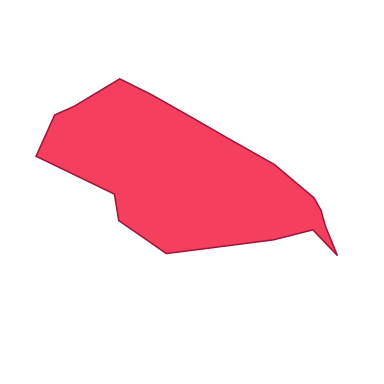 the district of F'Derick, Tiris Zemmour, Mauritania, rotated 121°
{"feature_id": "47542326B14226246765401", "entity_name": "F'Derick", "entity_type": "district", "adm_level": 2, "iso_a3": "MRT", "parent_name": "Mauritania", "parent_adm1": "Tiris Zemmour", "projection": "albers", "projection_center": [-12.824, 22.739], "detail": "fine", "context": "isolated", "style": "filled", "palette": "rose", "viewbox_px": 384, "rotation_deg": 121, "n_neighbors": 0, "source": "geoboundaries", "source_scale": "gbopen_adm2", "svg_char_len": 429}
<svg xmlns="http://www.w3.org/2000/svg" viewBox="0 0 384 384"><g transform="rotate(121 192 192)"><path d="M132.2,312.2L178.9,337.0L196.7,349.4L241.7,344.1L233.8,257.4L254.3,240.0L255.7,217.4L258.0,182.3L249.4,171.4L191.1,97.6L162.2,68.9L171.6,34.6L153.0,59.5L141.1,72.2L134.1,84.6L129.1,116.2L126.0,135.4L127.5,191.3L128.2,230.8L129.4,276.1L131.3,300.7L132.2,312.2Z" fill="#f43f5e" stroke="#9f1239" stroke-width="1.5"/></g></svg>